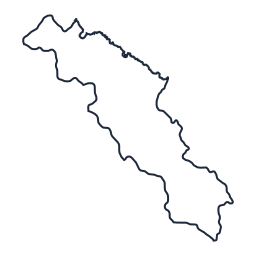 the district of San Felipe de Puerto Plata, Puerto Plata, Dominican Republic
{"feature_id": "3306468B57439307714728", "entity_name": "San Felipe de Puerto Plata", "entity_type": "district", "adm_level": 2, "iso_a3": "DOM", "parent_name": "Dominican Republic", "parent_adm1": "Puerto Plata", "projection": "robinson", "projection_center": [-70.701, 19.686], "detail": "fine", "context": "isolated", "style": "outline", "palette": "slate", "viewbox_px": 256, "rotation_deg": 0, "n_neighbors": 0, "source": "geoboundaries", "source_scale": "gbopen_adm2", "svg_char_len": 5587}
<svg xmlns="http://www.w3.org/2000/svg" viewBox="0 0 256 256"><path d="M229.8,203.4L231.3,203.4L232.2,203.2L232.7,202.6L232.8,201.5L231.3,198.8L230.2,197.3L229.2,194.4L227.0,191.9L226.7,190.7L226.6,187.6L226.2,185.8L224.8,184.1L223.1,183.2L217.8,179.2L217.0,177.8L216.3,174.6L214.7,171.8L214.1,171.5L213.1,171.4L210.7,172.2L209.8,172.0L208.9,171.0L207.7,168.8L206.3,167.5L200.3,167.7L197.4,167.3L193.9,165.3L191.9,162.8L189.9,161.4L188.6,160.7L185.7,160.0L183.1,158.2L182.7,156.7L183.1,154.8L183.8,154.0L185.3,152.7L186.5,150.4L188.5,149.4L188.8,148.4L188.6,147.7L187.9,146.9L185.9,145.6L185.1,144.9L183.5,142.2L181.7,140.6L181.2,139.7L180.6,137.5L179.8,135.8L179.7,134.6L179.9,133.4L181.9,129.1L182.0,128.4L181.6,127.4L180.5,126.0L178.4,124.2L177.5,121.5L176.7,120.5L176.1,120.3L175.5,120.5L174.1,122.4L173.6,122.8L172.6,122.9L172.0,122.6L171.5,122.1L171.0,118.9L170.5,118.0L163.7,111.3L162.5,110.8L159.7,110.4L158.7,109.9L157.0,107.1L156.6,105.0L156.6,101.2L158.6,94.6L159.4,93.4L160.9,92.1L162.1,89.8L163.9,88.8L164.4,88.3L165.3,85.4L167.1,81.6L168.0,78.8L168.0,76.7L167.8,77.1L167.8,77.6L167.5,77.6L167.2,78.1L166.7,78.3L166.7,78.7L166.8,78.7L166.7,79.0L163.3,79.5L162.7,78.7L162.0,78.7L161.8,78.0L160.6,77.8L160.6,77.6L160.2,77.6L160.0,77.3L159.7,77.3L159.5,76.4L159.4,76.4L159.4,75.0L159.5,75.0L159.7,74.1L158.6,72.9L158.0,72.5L157.3,72.5L156.7,73.6L154.8,73.6L154.8,73.4L152.9,73.2L152.6,72.5L152.3,72.5L152.0,72.0L151.5,71.8L151.3,71.1L150.4,70.3L150.3,69.7L149.8,69.7L148.9,69.0L148.8,67.5L147.7,65.9L147.4,65.9L146.8,65.2L146.5,65.2L146.2,64.8L145.6,64.8L145.6,64.7L144.5,64.7L144.2,65.0L143.7,64.8L142.7,63.6L142.7,62.6L142.2,62.0L140.9,61.9L140.2,61.2L139.0,60.8L138.7,60.1L137.8,60.3L137.5,59.8L137.5,59.2L137.2,59.1L136.7,59.1L136.7,58.9L135.8,59.1L135.5,58.7L135.2,58.9L134.3,57.8L134.3,57.3L133.7,57.1L133.4,56.6L132.2,56.8L131.7,56.3L131.4,56.3L131.4,55.9L130.4,55.6L130.4,55.2L130.2,55.2L130.4,54.2L130.1,54.0L130.1,53.6L129.0,53.6L128.7,53.1L127.9,53.1L127.8,53.4L127.9,54.3L126.3,55.0L127.0,55.9L126.6,56.8L126.3,56.8L126.1,57.1L125.7,57.1L125.7,56.3L125.8,56.3L126.0,55.2L125.5,54.9L125.0,54.9L125.0,57.0L124.4,57.0L123.7,56.1L122.9,55.7L122.9,55.4L122.6,55.2L122.6,54.7L122.6,53.6L123.2,52.9L124.1,52.9L124.4,52.0L123.8,51.3L123.2,51.2L121.5,49.1L120.9,48.7L120.8,48.0L119.9,46.8L118.1,47.0L117.4,46.4L117.4,46.1L116.5,45.9L116.2,45.6L114.4,45.2L114.1,44.7L113.2,44.3L113.0,44.0L113.2,42.9L112.9,42.4L112.4,42.4L112.0,42.9L111.8,43.6L110.9,43.6L110.6,43.3L109.8,43.1L109.7,42.9L109.8,41.5L109.5,41.2L109.7,39.6L109.2,39.1L107.1,39.3L106.7,38.7L106.7,38.4L106.8,38.0L107.1,38.0L107.3,37.3L106.8,36.8L105.9,36.8L105.3,37.2L105.0,36.8L105.3,35.4L104.5,35.2L104.2,35.8L103.2,35.4L102.6,34.7L102.6,34.4L102.2,34.4L102.1,33.1L101.9,33.0L101.2,33.1L101.2,32.8L100.6,32.3L100.0,32.3L99.7,31.9L98.8,31.9L98.4,32.4L97.2,32.4L96.8,33.1L96.5,33.1L96.0,32.4L94.5,32.3L94.3,33.3L94.0,33.3L94.0,33.5L93.4,33.1L92.8,33.3L92.8,33.7L92.5,34.0L91.2,34.2L90.7,34.7L90.1,34.7L89.3,34.2L87.5,34.0L87.4,33.7L86.6,33.3L86.4,34.9L86.0,35.1L85.4,35.8L85.2,36.5L84.2,37.7L83.1,37.9L82.8,38.4L81.1,37.9L80.1,36.5L79.8,36.5L79.6,35.2L80.1,34.7L80.1,34.4L80.4,34.2L80.4,33.8L81.3,32.8L82.0,32.4L82.5,31.7L82.8,31.7L82.8,31.2L82.8,30.7L83.1,30.2L83.1,29.6L82.3,28.8L81.9,28.6L81.9,28.2L80.8,27.2L80.8,26.8L79.9,26.3L79.5,25.1L78.8,24.7L78.7,24.0L78.5,23.0L78.2,22.6L77.9,21.6L76.4,20.9L76.3,19.1L76.0,19.1L75.8,19.7L75.1,20.2L76.0,20.8L73.2,23.4L71.5,26.4L70.8,27.3L68.6,28.7L66.1,30.9L65.1,31.3L64.3,31.3L63.7,31.0L62.9,30.3L61.7,27.9L61.0,27.0L57.9,24.9L54.2,20.9L53.1,19.2L52.4,16.6L52.0,16.0L51.5,15.6L50.4,15.4L47.7,15.7L44.5,17.5L43.7,18.2L42.0,21.3L38.8,25.2L37.4,28.0L36.7,28.8L31.2,31.9L27.3,35.5L24.7,37.1L23.7,38.2L23.3,39.3L23.2,41.5L24.0,44.2L25.1,44.4L28.0,45.9L31.5,48.7L33.1,49.1L35.7,49.1L37.1,48.8L38.5,47.7L39.5,47.6L40.7,48.0L42.6,50.3L44.1,50.9L47.9,50.9L49.1,50.6L50.6,49.8L52.0,49.6L53.1,50.0L54.6,51.5L55.5,53.0L56.1,57.6L56.9,60.1L56.9,61.6L56.0,64.0L55.9,65.7L56.1,66.9L57.2,69.9L57.4,76.7L57.9,77.9L58.9,79.0L62.1,80.0L64.4,81.1L67.8,81.4L70.2,81.0L73.4,78.4L74.5,78.0L75.5,78.0L76.5,78.4L78.4,80.8L81.8,83.2L83.4,85.0L87.6,83.4L89.3,83.2L92.6,83.4L94.1,84.6L94.7,86.2L94.9,92.5L95.2,93.8L96.3,96.8L96.4,99.5L95.7,100.9L92.4,103.6L91.4,104.2L89.4,104.8L88.6,105.5L88.2,107.1L88.4,111.0L91.4,112.1L94.7,113.8L96.6,115.5L97.3,116.5L97.8,117.7L98.2,121.5L98.5,122.7L99.9,124.6L101.8,126.6L103.4,127.6L108.0,128.0L109.2,128.7L110.6,131.2L111.3,134.4L111.8,135.6L113.1,137.3L117.5,142.0L118.7,143.7L119.2,145.8L119.2,150.6L119.5,152.7L121.3,156.7L124.1,160.0L125.2,159.4L126.3,157.7L127.4,156.8L128.9,156.5L130.5,156.8L132.4,158.4L136.1,162.7L139.0,168.8L140.2,170.2L141.3,170.6L145.0,171.3L147.9,173.5L149.0,174.1L154.4,174.7L157.2,175.9L160.4,176.5L161.3,177.1L164.4,181.8L164.7,183.5L164.8,188.1L165.0,189.9L165.5,191.1L167.4,193.9L168.0,196.0L168.1,199.2L167.9,201.4L167.4,202.5L165.9,203.7L165.1,204.9L164.8,206.1L164.9,207.7L165.9,209.3L168.1,210.6L169.1,211.8L169.6,213.4L169.7,217.0L170.0,218.2L172.3,220.5L173.6,222.3L177.2,222.6L185.9,222.7L187.4,223.1L190.1,224.3L195.1,224.5L196.2,224.7L197.0,225.4L197.7,227.8L198.8,229.3L204.0,232.3L206.9,234.7L209.2,236.1L212.8,239.1L213.6,240.6L215.7,240.4L216.3,240.0L216.6,239.4L216.9,236.0L217.2,234.5L217.7,234.0L219.3,233.2L219.7,232.6L220.9,227.2L220.7,225.8L219.3,223.5L218.9,222.4L218.9,221.2L219.7,219.2L219.9,217.6L219.7,215.9L218.8,213.8L218.5,212.1L218.4,208.8L218.7,207.1L219.4,206.1L220.3,205.5L224.1,204.7L225.8,202.7L226.7,202.1L228.1,202.1L229.8,203.4Z" fill="none" stroke="#1e293b" stroke-width="2"/></svg>